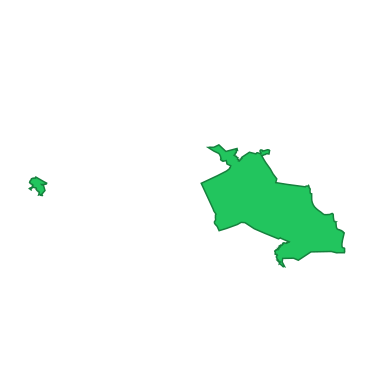 outline of Santo Domingo Tehuantepec, Oaxaca, Mexico, rotated 281°
{"feature_id": "50627088B71945417585230", "entity_name": "Santo Domingo Tehuantepec", "entity_type": "district", "adm_level": 2, "iso_a3": "MEX", "parent_name": "Mexico", "parent_adm1": "Oaxaca", "projection": "equal_earth", "projection_center": [-95.387, 16.448], "detail": "fine", "context": "isolated", "style": "filled", "palette": "green", "viewbox_px": 384, "rotation_deg": 281, "n_neighbors": 0, "source": "geoboundaries", "source_scale": "gbopen_adm2", "svg_char_len": 5719}
<svg xmlns="http://www.w3.org/2000/svg" viewBox="0 0 384 384"><g transform="rotate(281 192 192)"><path d="M202.3,199.4L179.2,216.1L177.7,216.9L174.8,219.8L173.9,219.4L172.3,219.8L172.0,219.7L169.5,220.4L168.7,220.4L167.0,219.7L165.8,220.0L164.8,220.9L163.0,223.3L159.2,226.0L162.8,232.8L168.8,242.8L170.1,244.3L171.6,246.1L172.0,249.9L167.8,260.2L165.3,271.6L162.5,285.9L163.9,287.5L163.6,287.8L162.2,294.1L161.6,297.1L161.4,297.0L161.2,296.6L161.0,296.3L161.3,296.0L161.2,295.8L161.0,295.7L160.9,295.5L160.8,295.4L160.3,295.3L160.2,295.2L160.2,294.8L160.3,294.6L160.0,294.4L159.8,294.6L159.5,294.1L159.6,293.6L159.6,292.9L159.7,292.4L159.6,292.1L159.5,291.4L158.9,291.5L158.7,290.9L158.3,290.7L158.1,290.7L158.0,291.0L157.9,291.1L157.5,290.8L157.3,290.8L157.2,290.3L156.9,290.0L156.8,289.4L156.5,289.6L156.4,289.2L156.2,289.2L156.1,288.9L155.9,289.2L155.7,289.0L155.7,288.9L155.4,288.8L155.2,288.9L155.2,288.6L154.9,288.9L154.6,288.6L154.4,288.3L154.1,288.2L153.9,288.0L153.9,287.7L154.0,287.5L153.5,287.5L153.5,287.8L153.1,287.8L153.1,288.1L152.8,288.1L152.6,287.8L152.6,287.7L152.3,287.6L152.3,287.4L152.4,287.1L152.0,287.3L152.0,287.1L151.8,287.2L151.7,286.9L151.8,286.4L151.5,286.1L151.4,285.7L151.2,285.7L151.1,285.9L150.9,285.8L150.9,285.4L149.8,284.5L149.4,284.7L149.0,285.2L147.7,285.3L147.3,285.7L147.2,285.6L146.8,285.5L146.7,285.6L146.8,286.4L146.9,287.2L146.5,287.4L146.2,287.8L145.8,287.5L145.6,287.5L145.6,287.4L145.3,287.4L145.0,287.2L144.9,287.3L144.3,287.2L143.7,287.5L143.5,287.9L143.2,288.0L143.0,288.3L142.7,288.3L142.2,288.5L141.7,288.6L141.7,288.8L141.8,288.8L141.9,289.1L141.9,289.3L141.7,289.5L141.3,289.2L141.2,288.8L140.7,289.6L140.7,289.9L140.8,290.2L140.6,290.3L140.6,290.2L140.2,290.1L140.1,290.4L140.3,290.5L140.2,290.8L140.2,291.0L140.2,291.4L140.4,291.7L140.3,291.9L140.1,292.0L140.0,291.8L139.7,291.7L139.4,291.4L139.3,291.6L139.0,291.6L138.8,291.6L138.7,291.4L138.2,291.4L138.3,291.5L138.2,291.8L137.3,293.8L136.7,294.7L136.0,295.8L136.2,296.1L136.8,296.1L136.6,297.0L140.5,293.9L144.1,293.7L146.4,304.3L145.3,309.4L155.9,320.2L160.2,340.1L159.9,345.3L161.5,353.2L163.0,353.2L163.5,353.0L163.5,352.9L163.9,352.9L164.2,352.8L165.3,352.7L165.9,352.4L166.0,352.2L165.9,351.9L165.9,351.4L166.3,350.2L167.0,349.7L168.4,349.3L170.3,349.0L171.6,349.0L173.5,348.9L180.9,349.2L181.0,349.0L180.8,348.8L180.9,348.4L181.3,348.0L181.6,348.1L182.0,347.6L182.0,347.3L182.3,346.8L182.4,346.4L182.6,346.2L182.4,346.0L182.4,345.5L182.5,345.3L182.8,344.9L182.9,344.5L183.1,344.2L182.9,343.9L182.9,343.5L183.2,342.7L183.1,342.2L183.7,341.3L185.1,340.4L189.8,339.0L190.0,339.1L189.8,338.6L190.3,338.0L190.4,337.9L190.2,337.6L190.3,337.4L190.7,336.9L190.9,336.8L193.8,335.7L196.9,334.9L197.1,334.7L197.6,334.2L197.7,333.6L197.2,332.9L196.6,332.0L196.0,330.9L195.9,329.9L195.5,328.9L195.3,327.5L195.1,327.1L195.1,326.2L195.1,325.7L195.8,324.2L196.7,322.6L198.5,318.7L199.5,317.0L200.9,315.0L202.6,313.4L204.6,312.1L206.6,311.2L208.2,310.8L213.1,309.8L213.1,309.2L213.1,308.7L213.3,308.5L213.7,308.2L215.2,307.7L217.7,307.4L217.8,307.4L217.8,307.6L217.9,307.3L217.9,307.1L218.1,306.9L218.1,306.7L218.3,306.4L219.2,305.9L219.7,305.8L220.1,305.5L220.3,305.2L220.5,305.3L220.6,305.2L220.3,305.1L219.8,304.3L219.8,303.7L219.4,302.7L218.7,302.2L217.6,283.9L217.2,272.4L221.1,272.7L225.2,268.1L229.4,264.6L235.1,258.6L237.4,256.5L241.3,253.2L241.3,254.3L242.3,255.7L243.0,257.1L243.5,257.4L243.8,257.9L243.9,258.3L244.0,260.3L245.8,260.3L247.2,260.2L247.4,260.3L248.0,259.5L247.9,258.0L246.5,255.5L245.7,253.5L246.3,253.3L246.5,252.3L246.4,251.5L246.2,251.2L245.3,250.9L244.6,251.2L243.7,252.2L243.3,252.4L243.1,252.3L242.7,251.7L242.7,251.2L242.9,250.1L243.0,248.6L242.6,247.9L241.8,247.6L241.6,247.2L242.0,240.8L235.6,234.3L235.1,234.1L234.7,234.6L234.3,234.3L234.0,233.9L234.0,234.0L233.0,233.6L232.4,233.1L231.5,232.6L231.4,232.5L231.5,232.4L231.7,232.6L231.9,232.3L231.8,232.2L232.0,231.9L231.9,231.8L232.0,231.8L232.3,231.3L232.7,231.3L232.9,230.4L233.5,230.5L234.1,230.3L234.5,230.4L234.6,229.3L234.9,229.1L235.2,228.3L235.3,228.3L235.5,228.4L235.6,228.0L235.5,227.9L236.1,226.3L237.0,226.8L237.4,227.2L237.9,227.3L238.0,227.1L238.5,227.2L238.6,227.4L238.9,227.7L239.1,227.5L239.6,227.9L241.2,228.0L241.3,227.5L242.1,227.8L241.9,228.5L243.3,227.9L238.3,217.5L243.4,209.4L240.2,205.1L239.9,204.0L239.3,200.7L239.0,200.2L238.8,199.4L237.5,202.6L236.3,205.8L235.0,210.8L234.2,211.8L232.7,213.0L230.4,214.1L229.9,213.8L229.5,213.9L229.2,214.0L228.9,214.3L228.3,215.7L228.6,216.0L228.1,216.6L229.4,219.6L226.2,221.0L225.9,221.9L225.2,225.0L223.1,224.8L222.9,224.4L222.1,224.3L221.6,224.0L219.1,221.8L212.9,213.9L202.3,199.4ZM159.8,42.0L160.5,43.5L160.5,43.8L159.9,44.1L159.9,44.5L160.0,44.6L159.9,45.7L160.0,45.8L161.1,44.9L161.7,45.4L163.2,46.1L165.4,47.4L170.2,44.9L170.4,43.3L170.5,43.0L170.6,42.9L170.6,43.5L170.9,43.7L171.1,45.4L171.4,45.9L171.6,46.5L171.8,46.9L172.2,46.3L172.4,46.4L172.8,48.2L173.8,44.8L176.9,35.8L176.6,35.6L176.1,35.8L175.7,35.6L175.5,34.9L175.6,34.2L175.2,33.8L175.0,32.8L174.3,31.9L173.8,31.9L173.7,31.7L172.8,31.6L171.6,30.8L171.4,30.8L171.1,31.0L170.8,31.1L170.7,30.9L170.2,30.8L170.0,31.1L169.1,32.7L169.2,33.1L169.1,33.3L168.7,34.2L168.4,34.6L168.1,34.5L167.8,34.2L167.5,34.5L166.9,34.5L166.5,34.5L166.3,33.9L165.8,34.0L165.6,33.8L165.6,33.4L165.4,33.1L165.2,32.5L165.1,32.3L164.9,32.3L164.5,32.0L164.3,31.8L164.2,32.2L163.9,32.6L163.6,33.0L163.5,33.5L163.7,33.4L163.8,33.1L164.0,33.1L164.2,33.5L164.5,33.5L164.8,33.4L164.9,33.5L165.2,33.7L165.2,33.9L165.9,34.8L166.2,34.9L166.4,35.7L166.2,36.6L166.3,37.4L166.1,38.3L165.8,38.5L165.0,38.4L164.0,39.5L163.6,40.1L163.5,40.6L162.9,41.1L162.7,42.2L160.5,42.1L159.8,42.0Z" fill="#22c55e" stroke="#15803d" stroke-width="1.5"/></g></svg>